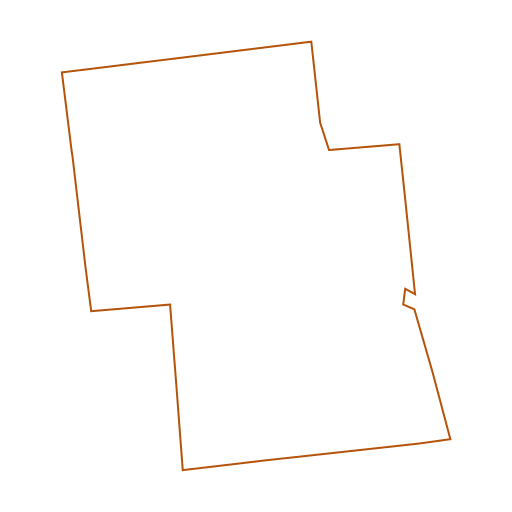 outline of Stark, Ohio, United States of America, rotated 263°
{"feature_id": "52423323B51569510980228", "entity_name": "Stark", "entity_type": "district", "adm_level": 2, "iso_a3": "USA", "parent_name": "United States of America", "parent_adm1": "Ohio", "projection": "albers", "projection_center": [-81.371, 40.812], "detail": "fine", "context": "isolated", "style": "outline", "palette": "amber", "viewbox_px": 512, "rotation_deg": 263, "n_neighbors": 0, "source": "geoboundaries", "source_scale": "gbopen_adm2", "svg_char_len": 466}
<svg xmlns="http://www.w3.org/2000/svg" viewBox="0 0 512 512"><g transform="rotate(263 256 256)"><path d="M50.5,426.6L120.3,416.9L183.8,406.7L189.9,396.2L205.3,400.1L198.7,409.2L293.4,411.0L349.5,411.9L352.3,341.4L380.6,335.9L462.0,337.0L461.9,171.9L461.9,169.2L461.9,85.7L391.0,85.8L382.2,85.8L376.8,86.0L264.2,85.4L238.2,85.6L221.3,85.7L218.3,164.8L133.6,161.0L52.4,157.2L52.0,242.5L50.0,394.7L50.5,426.6Z" fill="none" stroke="#b45309" stroke-width="2"/></g></svg>